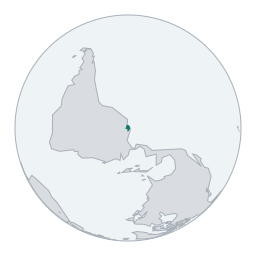 the Earth from above Guayas, rotated 159°
{"feature_id": "ECU-1280", "entity_name": "Guayas", "entity_type": "Province", "adm_level": 1, "iso_a3": "ECU", "parent_name": "Ecuador", "parent_adm1": "", "projection": "orthographic", "projection_center": [-79.898, -1.951], "detail": "coarse", "context": "on_globe", "style": "filled", "palette": "teal", "viewbox_px": 256, "rotation_deg": 159, "n_neighbors": 0, "source": "natural_earth", "source_scale": "10m", "svg_char_len": 6919}
<svg xmlns="http://www.w3.org/2000/svg" viewBox="0 0 256 256"><g transform="rotate(159 128 128)"><circle cx="128" cy="128" r="113" fill="#eef3f6" stroke="#a8b0b8"/><path d="M82.1,25.1L82.9,24.8L85.4,23.7L87.9,22.7L93.0,21.0L94.1,22.2L99.9,21.0L107.0,22.8L108.6,21.9L112.3,22.5L115.4,21.9L115.8,22.7L118.0,21.5L117.1,20.9L117.7,20.2L119.5,19.9L120.3,20.8L119.5,21.1L120.7,21.2L120.4,21.9L121.5,21.4L122.3,22.7L124.2,21.0L127.1,21.7L126.9,22.8L123.4,23.2L114.4,27.8L113.2,29.6L114.9,31.5L125.3,33.4L125.4,35.5L128.0,37.9L129.5,36.3L128.1,33.9L131.6,32.0L129.4,29.7L130.5,28.7L129.6,26.5L133.5,26.4L137.8,27.7L138.7,29.6L140.6,30.3L142.7,28.3L147.4,32.3L155.6,35.7L156.4,37.0L152.5,39.2L144.8,39.1L139.8,43.3L146.8,40.3L148.7,44.1L150.6,44.8L152.7,44.6L153.5,43.2L154.9,44.6L148.5,47.8L147.1,46.5L149.1,45.4L145.6,45.6L141.2,48.3L142.5,50.4L134.6,53.4L135.5,55.1L134.2,56.9L133.4,54.0L134.7,59.4L125.6,66.0L127.1,76.6L121.5,68.5L117.0,67.7L111.6,68.2L111.7,69.8L104.4,69.0L98.0,73.0L95.9,81.6L98.6,88.2L106.7,88.0L109.1,84.1L115.0,83.1L111.0,93.5L121.3,94.7L120.5,102.6L123.5,106.6L128.6,105.4L133.9,107.3L137.6,102.6L143.6,100.0L143.9,106.5L147.0,100.6L150.5,103.7L162.2,103.5L161.4,104.9L171.3,112.8L181.7,116.4L184.2,121.3L183.0,124.2L186.5,125.2L186.5,127.2L200.2,130.7L206.8,136.0L206.4,142.9L200.3,150.6L193.7,167.3L182.5,172.4L178.9,179.1L168.9,188.8L162.2,187.8L163.4,192.8L159.0,195.6L154.5,195.7L153.1,199.1L149.7,199.2L151.5,201.4L145.2,205.7L146.1,209.4L141.3,212.8L142.0,214.8L140.5,214.8L138.7,215.5L138.3,216.6L134.0,214.7L133.6,210.0L135.7,207.6L133.7,207.2L138.4,201.1L136.0,202.3L137.9,193.0L142.0,185.1L145.9,162.5L143.8,158.0L135.4,152.8L125.4,136.2L128.3,129.4L126.0,126.2L133.4,116.6L131.3,107.9L128.7,106.7L126.1,110.0L116.9,104.8L113.5,98.4L85.2,89.3L82.3,86.3L82.3,81.2L73.3,66.0L77.0,80.6L73.4,77.9L70.6,72.9L72.3,71.4L70.7,64.1L67.5,61.7L67.8,53.1L75.1,42.3L76.0,43.6L77.7,41.2L76.6,39.5L75.5,39.1L79.8,31.2L77.5,28.9L73.1,30.7L76.9,28.7L66.3,34.3L62.7,36.3L69.0,32.5L71.3,31.1L70.0,31.6L72.1,30.3L72.7,29.9L75.4,28.4L78.8,26.8L80.6,25.9L79.6,26.3L80.1,26.0L82.1,25.1ZM24.7,90.6L25.5,88.1L25.5,89.5L24.7,90.6ZM25.7,86.8L25.5,87.6L25.6,87.0L25.7,86.8ZM25.5,86.5L25.4,86.7L25.5,86.5ZM25.3,86.4L25.5,86.3L25.4,86.4L25.3,86.4ZM126.7,80.3L138.5,85.4L132.0,86.2L133.2,85.1L130.2,83.0L124.6,81.1L118.8,82.5L126.7,80.3ZM25.2,85.4L25.2,85.1L25.5,84.8L25.2,85.4ZM131.7,74.2L129.6,73.8L131.6,73.8L131.7,74.2ZM74.7,39.2L76.4,39.7L76.5,41.8L74.9,41.5L74.7,39.2ZM74.7,35.7L76.1,35.4L74.1,37.6L73.9,37.1L74.7,35.7ZM69.5,32.6L70.5,32.3L68.8,33.0L69.5,32.6ZM72.2,30.1L72.3,30.1L71.4,30.6L71.6,30.5L72.2,30.1ZM127.6,26.8L128.6,26.7L128.2,27.1L127.6,26.8ZM126.2,26.0L125.1,26.7L124.3,26.4L125.0,26.0L126.2,26.0ZM127.8,25.4L123.0,25.9L121.6,25.5L123.2,23.8L127.8,25.4ZM116.0,20.9L117.1,21.5L114.5,21.4L116.0,20.9ZM114.2,21.0L105.3,22.1L104.5,21.2L107.7,20.9L105.3,20.3L109.3,19.3L111.5,19.4L111.2,20.1L112.9,19.2L114.2,21.0ZM117.7,20.0L116.0,20.2L115.2,19.4L118.5,18.9L117.7,19.3L117.7,20.0ZM102.8,20.7L102.8,20.2L106.0,19.2L106.4,18.9L109.3,19.2L102.8,20.7ZM118.8,19.3L120.2,18.7L122.2,18.8L119.4,19.8L118.8,19.3ZM113.6,19.5L113.4,19.1L114.6,19.1L113.6,19.5ZM130.1,19.3L128.1,19.3L127.5,18.9L130.1,19.3ZM120.6,18.5L119.9,18.5L119.5,18.3L120.8,18.0L120.6,18.5ZM111.4,18.6L112.8,18.3L110.4,18.4L112.7,17.8L114.2,18.2L114.5,17.8L115.3,17.6L115.7,18.2L111.4,18.6ZM120.7,17.4L123.5,18.0L127.4,18.0L128.0,18.3L121.6,18.4L120.7,17.4ZM117.7,17.8L119.7,17.6L119.5,18.0L118.0,18.4L117.7,17.8ZM113.7,17.4L109.8,18.1L109.6,18.0L113.7,17.4ZM121.9,17.3L121.2,17.2L122.2,17.2L121.9,17.3ZM116.3,17.2L114.9,17.4L114.7,17.3L116.3,17.2ZM121.0,16.8L121.9,17.0L120.9,17.2L121.0,16.8ZM118.9,16.9L119.0,16.7L120.0,17.2L118.3,17.0L118.9,16.9ZM116.3,17.1L115.8,17.1L116.9,17.0L116.3,17.1ZM124.3,16.2L125.9,16.7L123.6,17.0L122.4,16.5L124.3,16.2ZM141.0,218.8L134.2,215.4L138.1,216.9L141.4,215.2L144.7,217.7L141.0,218.8ZM150.3,214.3L153.7,213.4L154.4,214.0L152.2,214.7L150.3,214.3ZM208.7,49.4L209.7,50.8L216.3,60.1L215.9,61.1L213.2,59.5L205.6,50.3L207.4,49.2L204.7,46.5L199.9,42.8L200.9,43.0L199.1,41.5L199.4,41.2L195.3,37.8L195.0,37.5L202.1,43.1L208.7,49.4ZM186.2,31.6L186.5,31.8L180.7,28.5L179.1,27.6L186.2,31.6ZM240.4,134.9L240.6,130.1L240.5,121.9L240.2,118.5L240.0,119.4L239.4,115.3L239.0,115.2L234.8,118.3L231.8,113.1L224.4,97.7L224.0,91.4L221.1,84.4L215.8,61.4L218.0,62.5L217.7,59.8L222.3,66.4L226.4,73.2L230.1,80.4L233.2,87.7L235.8,95.3L237.8,103.1L239.3,110.9L240.3,118.9L240.6,126.9L240.4,134.9ZM221.4,72.6L222.5,74.6L221.4,72.6ZM162.6,103.4L164.0,104.7L162.2,104.7L162.6,103.4ZM131.1,88.7L133.6,88.8L134.9,89.8L133.0,90.1L131.1,88.7ZM151.7,88.7L154.4,89.3L151.6,89.8L151.7,88.7ZM140.4,86.1L149.4,88.5L143.9,90.3L138.1,88.9L142.0,88.4L140.4,86.1ZM130.7,77.7L132.2,78.1L131.8,79.2L130.7,77.7ZM133.1,74.2L132.5,74.3L131.7,73.4L133.1,74.2ZM149.1,43.9L149.7,43.7L151.8,43.9L150.9,44.5L149.1,43.9ZM160.8,41.4L162.9,43.8L160.8,42.3L159.9,43.4L154.4,42.1L156.5,37.6L156.5,39.7L160.8,41.4ZM147.6,39.4L150.9,40.5L147.3,39.5L147.6,39.4ZM189.4,35.0L190.9,35.7L192.9,37.3L193.4,38.7L190.5,36.3L189.4,35.0ZM192.5,36.4L185.7,32.2L185.1,31.4L186.6,32.5L186.9,32.4L189.4,34.2L195.5,38.1L197.6,39.8L197.4,40.9L196.3,39.4L194.9,38.7L192.5,36.4ZM169.3,25.6L166.4,24.6L168.9,24.2L171.4,25.2L172.1,26.4L169.5,25.9L169.3,25.6ZM131.5,22.6L130.2,22.8L130.0,22.5L130.9,22.0L131.5,22.6ZM129.2,19.4L137.0,21.4L135.9,21.7L141.7,23.0L141.1,24.4L137.3,23.4L141.3,25.7L137.6,25.4L140.6,26.9L132.3,24.6L129.1,24.7L132.8,24.0L133.5,22.7L132.8,22.1L128.6,20.8L122.2,20.7L121.9,19.6L123.3,19.0L124.8,18.8L124.5,19.5L126.7,18.9L127.5,19.7L129.2,19.4ZM140.2,16.1L139.4,16.1L143.8,16.5L144.6,16.7L145.1,16.8L147.1,17.2L150.3,17.9L150.1,18.0L151.5,18.3L152.8,18.7L154.5,19.1L154.9,19.6L157.1,20.2L156.0,20.1L159.7,21.1L157.1,20.6L158.6,21.3L160.3,21.4L158.1,24.4L159.2,26.6L161.4,28.9L156.8,28.1L151.7,25.6L147.1,22.9L146.8,21.1L144.7,21.3L144.0,20.5L145.9,20.7L142.5,20.0L142.3,19.5L138.2,18.1L133.4,17.8L131.7,17.5L133.6,17.3L130.7,17.1L133.1,16.7L132.0,16.5L133.2,16.0L137.5,16.2L135.9,15.9L136.8,15.8L140.2,16.1ZM124.8,16.0L129.6,15.8L132.5,15.9L129.1,16.7L129.8,16.9L127.7,17.8L123.6,17.7L124.6,17.4L124.6,17.1L125.8,17.3L124.8,17.0L126.1,16.7L125.7,16.4L127.4,16.3L124.8,16.0ZM215.3,56.8L213.0,54.1L215.3,56.8Z" fill="#d9dde1" stroke="#a8b0b8" stroke-width="1"/><path d="M128.0,130.2L128.3,129.3L128.1,128.4L128.3,128.1L128.0,128.3L128.0,129.2L127.7,129.2L127.9,129.0L127.7,129.0L127.9,128.7L127.5,129.2L127.3,129.3L127.3,129.5L126.7,129.1L127.3,128.8L127.4,128.3L126.8,127.8L127.4,127.5L127.2,127.2L127.4,127.2L127.8,126.4L128.1,126.3L128.4,125.9L128.7,125.8L128.6,126.2L128.1,126.9L128.1,127.4L128.5,127.9L128.8,127.9L129.5,128.5L128.9,128.8L128.8,129.1L128.4,129.7L128.3,130.2L128.0,130.2ZM127.7,129.4L128.0,129.5L127.5,130.1L127.3,130.1L127.4,129.5L127.7,129.4ZM128.2,129.1L128.0,129.4L128.2,129.1Z" fill="#14b8a6" stroke="#0f766e" stroke-width="1.5"/></g></svg>